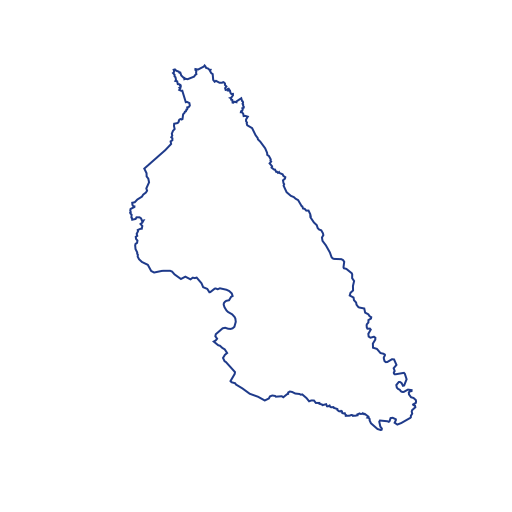 outline of San Sai, Chiang Mai, Thailand, rotated 164°
{"feature_id": "78962969B96065605471256", "entity_name": "San Sai", "entity_type": "district", "adm_level": 2, "iso_a3": "THA", "parent_name": "Thailand", "parent_adm1": "Chiang Mai", "projection": "mercator", "projection_center": [99.037, 18.947], "detail": "fine", "context": "isolated", "style": "outline", "palette": "blue", "viewbox_px": 512, "rotation_deg": 164, "n_neighbors": 0, "source": "geoboundaries", "source_scale": "gbopen_adm2", "svg_char_len": 6070}
<svg xmlns="http://www.w3.org/2000/svg" viewBox="0 0 512 512"><g transform="rotate(164 256 256)"><path d="M310.7,138.0L305.6,132.5L300.0,125.3L292.8,120.1L287.4,114.7L282.9,115.5L281.3,117.2L278.8,117.4L276.2,116.2L275.7,115.3L269.9,114.1L268.7,112.7L264.2,114.6L263.1,114.6L262.7,115.9L260.8,116.4L258.7,115.3L256.2,113.0L252.3,111.4L251.1,110.3L249.7,110.2L246.6,105.5L245.0,101.7L242.6,101.9L240.1,101.1L239.0,98.3L236.0,97.4L236.3,97.1L235.7,96.4L233.5,95.1L233.2,94.3L229.4,94.2L229.2,92.0L228.3,91.6L226.5,92.0L226.3,90.7L225.5,89.9L223.2,89.4L223.1,88.6L220.0,86.5L220.2,85.5L219.0,83.9L217.7,83.3L216.9,83.7L216.2,83.0L216.4,81.4L215.5,80.6L214.0,80.4L213.8,78.7L213.4,78.4L213.7,77.6L210.0,76.7L208.2,76.9L207.0,76.3L207.0,75.7L204.6,75.1L202.3,74.9L202.2,75.8L199.9,76.1L199.4,75.5L197.0,74.9L196.6,75.3L195.7,74.1L195.0,74.3L192.3,70.7L193.4,69.9L192.2,69.3L191.7,67.9L192.1,66.6L191.6,63.5L186.9,56.2L184.0,54.3L183.1,54.4L182.6,55.5L183.5,57.7L183.2,62.7L182.2,63.7L175.2,60.9L174.1,60.0L173.2,60.4L171.3,63.1L169.2,62.8L166.6,60.5L166.7,59.8L168.7,57.5L166.6,55.0L162.4,55.4L152.2,57.9L151.6,58.3L151.2,59.7L149.3,61.4L149.2,63.5L148.4,64.8L144.5,66.7L144.4,68.3L145.8,69.3L145.9,70.0L142.8,70.8L142.2,72.2L142.1,73.5L143.7,76.1L145.9,77.5L147.1,80.8L146.7,82.8L145.8,83.3L143.7,83.3L143.4,84.2L146.8,85.7L151.5,84.6L152.9,85.0L154.0,86.0L154.7,87.8L156.1,89.1L156.9,90.7L156.7,93.3L153.5,95.5L152.4,95.3L151.1,93.8L150.5,90.7L149.3,90.7L145.2,96.0L145.4,101.7L146.0,102.9L154.2,103.8L155.3,104.1L155.8,105.0L155.6,106.1L154.4,107.2L154.6,110.2L151.0,112.6L151.8,118.5L153.7,119.3L159.0,117.9L160.5,118.2L161.4,119.5L161.4,122.0L161.1,123.3L159.5,124.9L159.3,125.7L160.4,126.9L163.1,128.4L165.4,133.4L168.8,135.6L167.8,139.6L164.4,142.7L163.8,144.5L164.9,145.9L168.5,145.9L169.9,147.5L169.5,150.2L166.0,153.6L166.5,154.8L168.9,155.4L169.2,156.7L168.8,158.8L168.3,159.8L166.3,161.1L165.6,163.4L162.7,164.2L162.1,165.4L163.4,166.8L164.1,169.0L166.7,171.5L166.4,175.7L171.1,178.1L171.8,178.9L172.8,181.5L172.6,183.7L174.0,186.5L173.7,189.2L176.8,192.2L175.3,194.6L172.2,196.1L171.1,200.4L168.6,204.9L169.7,208.2L168.6,211.8L168.7,213.0L172.7,218.7L174.9,220.0L175.0,221.1L172.8,226.1L173.4,228.0L174.8,229.4L181.8,231.7L183.0,232.6L183.7,234.1L184.0,239.0L185.9,247.0L187.9,252.2L187.5,255.6L185.5,257.5L185.4,259.4L186.2,262.7L188.0,264.0L189.0,265.8L189.1,268.9L191.1,272.3L193.0,278.2L192.4,279.1L192.8,279.5L192.3,281.0L193.0,285.2L195.2,285.8L196.2,287.9L197.7,288.7L197.8,290.9L198.4,291.4L200.1,298.1L202.2,300.2L203.4,302.2L205.9,304.2L209.0,308.9L210.1,316.0L209.1,317.3L209.5,318.4L209.2,321.3L206.8,322.4L206.1,323.7L207.6,325.4L207.9,327.2L210.8,329.5L210.8,330.3L212.0,329.9L212.6,331.2L213.4,331.3L213.9,333.8L214.8,334.1L216.7,336.7L215.8,337.8L217.4,341.3L215.4,342.6L215.8,343.7L215.2,344.8L216.0,348.5L217.3,350.1L216.9,352.1L217.5,357.0L220.4,364.8L222.0,367.6L221.9,369.0L223.1,372.2L224.5,380.0L228.4,384.1L228.4,386.0L227.9,386.7L228.4,388.4L227.9,390.0L225.5,392.2L227.8,393.7L229.3,393.9L229.1,396.3L229.9,398.1L230.9,398.4L230.5,399.2L229.0,399.6L228.3,400.8L228.4,401.8L227.0,401.9L226.6,402.6L227.0,404.0L226.6,405.1L227.0,406.0L226.2,406.8L226.1,408.2L226.7,408.9L226.7,411.7L232.1,410.0L232.4,409.2L234.5,410.3L235.5,409.6L236.2,409.9L235.8,412.6L236.8,413.2L236.5,414.4L237.1,415.0L236.0,415.1L233.8,416.9L233.5,418.2L235.0,418.5L235.6,420.0L235.4,422.0L236.9,422.6L235.9,423.4L236.2,424.4L236.9,424.4L237.7,423.8L239.4,424.0L239.4,425.9L237.7,427.1L238.7,429.0L238.3,430.3L238.7,431.3L239.6,432.2L240.7,431.9L243.3,432.6L246.2,435.4L247.7,434.9L248.6,437.1L247.5,442.8L248.6,444.1L249.2,446.5L248.4,447.5L249.6,447.9L250.2,449.2L252.2,450.7L252.3,452.0L252.9,453.3L253.9,452.5L260.3,451.2L262.7,452.4L263.0,451.6L262.4,450.1L263.1,448.7L263.2,447.2L264.3,446.9L266.1,445.5L273.0,444.8L274.7,445.7L276.1,445.7L275.8,447.0L276.4,447.2L278.1,450.2L278.2,453.2L279.1,453.3L279.4,454.5L281.5,456.0L282.5,457.7L283.8,457.7L283.7,456.4L284.5,455.0L285.3,454.7L284.3,452.6L284.8,451.2L284.1,450.0L284.4,447.2L285.2,446.5L283.6,445.6L283.8,442.8L282.3,442.2L282.2,441.3L281.5,441.2L281.4,440.1L281.8,439.4L283.1,438.9L282.5,438.2L284.0,436.8L282.3,435.4L281.3,435.2L281.1,423.2L279.8,423.1L277.9,421.4L278.1,419.0L279.2,417.9L281.1,417.8L281.0,417.0L281.8,415.9L282.5,416.0L283.5,414.4L284.6,414.3L285.2,413.4L287.0,412.3L288.9,407.9L289.9,407.7L290.6,408.4L291.8,408.3L292.7,407.7L293.2,406.4L294.7,405.4L298.2,405.7L299.0,403.6L299.2,400.5L301.3,399.2L303.2,396.8L303.3,394.8L304.7,393.5L303.9,392.2L304.5,390.3L306.5,389.7L306.7,387.1L314.0,382.8L339.3,370.8L338.4,365.8L339.2,362.6L338.2,360.1L338.5,356.3L342.8,351.2L342.7,348.8L344.4,347.3L347.5,346.1L349.3,344.5L354.5,343.0L357.7,341.1L360.3,341.3L360.7,339.2L360.2,337.6L359.2,337.2L359.4,336.6L363.6,335.8L364.3,334.5L364.3,332.7L365.0,332.4L365.0,331.5L364.2,330.0L365.2,327.3L364.8,326.8L365.0,325.0L361.5,324.8L360.2,326.1L357.3,325.3L356.1,323.8L355.9,321.2L354.4,321.1L356.1,319.4L358.2,318.6L357.0,316.2L358.3,313.7L359.3,314.0L362.5,313.6L362.6,312.3L364.6,310.2L364.6,308.1L366.3,307.6L366.6,305.5L365.7,303.5L366.7,301.4L368.4,300.9L369.2,299.6L369.9,295.9L369.2,292.2L369.6,290.9L369.2,289.9L369.9,288.0L369.3,285.1L367.3,281.7L362.4,277.3L360.9,270.5L358.5,268.2L350.3,267.6L342.7,265.5L341.0,264.2L339.4,260.8L334.5,254.6L329.6,255.6L325.4,251.6L322.8,252.6L320.9,251.6L319.0,251.6L315.9,244.8L315.4,240.6L311.9,237.8L310.8,234.0L309.9,233.9L304.7,236.0L303.7,235.9L302.0,234.6L299.6,234.9L293.7,231.7L291.4,229.7L289.6,226.7L289.5,224.0L291.2,223.6L294.1,220.9L297.0,221.1L298.6,220.5L299.9,219.5L300.5,218.1L300.4,215.4L299.4,211.8L298.4,210.0L295.0,206.5L293.4,203.3L293.1,201.5L293.6,198.3L296.3,193.9L298.5,192.9L300.6,192.9L302.9,193.8L305.4,195.5L308.0,195.7L316.2,191.9L317.2,190.1L316.2,187.2L317.9,186.0L320.2,185.4L316.9,180.6L315.4,179.7L313.7,176.9L311.8,174.9L310.5,170.7L313.1,169.6L315.8,167.1L315.2,163.5L314.1,162.3L308.2,150.2L309.0,148.5L315.0,142.8L314.3,141.4L311.1,139.4L310.7,138.0Z" fill="none" stroke="#1e3a8a" stroke-width="2"/></g></svg>